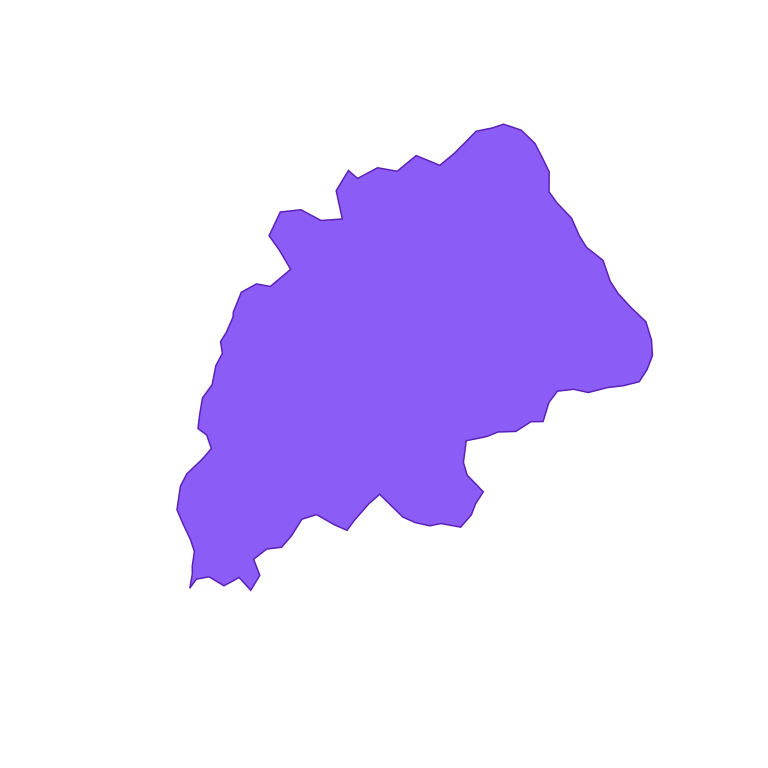 the district of Palaikythro, Cyprus, rotated 221°
{"feature_id": "46923920B63602794647925", "entity_name": "Palaikythro", "entity_type": "district", "adm_level": 2, "iso_a3": "CYP", "parent_name": "Cyprus", "parent_adm1": "", "projection": "mercator", "projection_center": [33.49, 35.188], "detail": "fine", "context": "isolated", "style": "filled", "palette": "violet", "viewbox_px": 768, "rotation_deg": 221, "n_neighbors": 0, "source": "geoboundaries", "source_scale": "gbopen_adm2", "svg_char_len": 1395}
<svg xmlns="http://www.w3.org/2000/svg" viewBox="0 0 768 768"><g transform="rotate(221 384 384)"><path d="M238.3,367.8L261.5,369.8L272.6,376.9L284.7,395.1L271.6,412.4L266.5,422.5L253.4,434.7L248.4,451.9L239.3,460.0L247.4,478.2L248.4,492.4L237.3,504.5L224.2,511.6L213.1,527.8L202.0,540.0L192.9,553.2L194.9,567.4L200.0,581.5L211.0,592.7L227.2,602.8L248.4,603.8L266.5,605.9L280.6,609.9L299.8,621.0L321.0,620.0L334.1,624.1L351.2,632.2L372.4,634.2L385.5,637.3L398.6,652.5L412.7,658.5L427.9,664.6L447.0,665.6L464.2,658.5L470.2,648.4L480.3,635.2L481.3,618.0L482.3,603.8L485.4,585.6L509.6,577.5L513.6,553.2L530.7,543.0L538.8,521.8L550.9,521.8L546.9,498.5L523.7,481.2L538.8,466.1L561.0,461.0L575.1,445.8L568.0,420.5L550.9,416.4L529.7,409.3L533.8,383.0L545.9,375.9L551.9,359.7L544.9,339.4L541.8,335.4L536.8,319.2L535.2,308.8L526.1,301.1L522.9,287.4L513.2,270.6L511.9,254.4L502.3,238.8L495.2,228.4L484.2,229.1L471.9,222.0L471.9,207.7L473.9,186.9L470.6,173.3L457.7,153.2L442.9,146.1L428.0,139.6L417.1,133.1L409.3,120.8L404.1,115.0L396.6,102.4L397.6,113.5L389.5,123.7L372.4,126.7L366.4,142.9L349.2,140.9L352.2,158.1L367.4,166.2L364.3,182.4L354.2,193.6L354.2,208.7L357.3,228.0L349.2,241.2L329.0,245.2L315.9,249.3L316.9,261.4L316.9,283.7L314.9,297.9L282.6,295.9L269.5,299.9L256.4,307.0L249.4,316.1L232.2,326.3L232.2,342.5L236.3,353.6L238.3,367.8Z" fill="#8b5cf6" stroke="#5b21b6" stroke-width="1.5"/></g></svg>